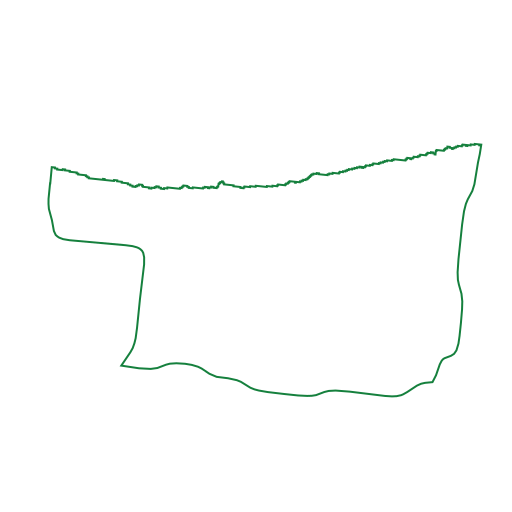 the district of Guayacanes, San Pedro de Macorís, Dominican Republic, rotated 186°
{"feature_id": "3306468B17793693444976", "entity_name": "Guayacanes", "entity_type": "district", "adm_level": 2, "iso_a3": "DOM", "parent_name": "Dominican Republic", "parent_adm1": "San Pedro de Macorís", "projection": "robinson", "projection_center": [-69.45, 18.445], "detail": "fine", "context": "isolated", "style": "outline", "palette": "green", "viewbox_px": 512, "rotation_deg": 186, "n_neighbors": 0, "source": "geoboundaries", "source_scale": "gbopen_adm2", "svg_char_len": 4839}
<svg xmlns="http://www.w3.org/2000/svg" viewBox="0 0 512 512"><g transform="rotate(186 256 256)"><path d="M67.3,149.0L64.5,156.2L61.9,167.4L60.4,171.2L59.3,172.8L57.9,174.0L51.7,177.1L48.8,179.4L46.8,183.1L45.5,190.0L45.2,197.7L45.2,211.0L45.5,224.5L46.1,232.4L47.7,239.9L51.2,248.7L52.7,253.3L53.8,260.9L54.3,274.1L54.3,309.0L53.8,322.2L52.7,329.8L51.3,334.5L47.7,343.2L46.3,350.1L45.0,372.2L44.1,380.7L43.6,390.3L44.7,390.3L44.7,389.4L45.5,389.4L45.5,390.3L46.7,390.3L50.2,390.3L50.2,389.8L50.2,389.4L53.6,389.4L54.1,389.4L54.1,388.4L57.3,388.4L57.3,387.5L58.9,387.5L58.9,388.4L60.6,388.4L62.1,388.4L62.1,387.5L62.8,387.5L62.8,386.6L66.8,386.6L66.8,385.7L68.4,385.7L68.4,384.8L70.0,384.8L70.0,383.9L71.5,383.9L71.5,383.0L72.3,383.0L72.3,383.9L74.7,383.9L74.7,384.8L77.1,384.8L77.1,383.0L78.7,383.0L78.7,382.1L79.5,382.1L79.5,381.2L80.2,381.2L80.2,380.3L87.4,380.3L87.4,379.4L88.1,379.4L88.1,375.7L88.9,375.7L88.9,376.6L90.5,376.6L90.5,377.5L92.9,377.5L92.9,376.6L96.0,376.6L96.0,375.7L96.8,375.7L96.8,374.8L97.6,374.8L97.6,373.9L103.2,373.9L103.2,373.0L103.9,373.0L103.9,372.1L105.5,372.1L105.5,371.2L109.5,371.2L109.5,370.3L110.3,370.1L110.3,369.4L111.8,369.4L111.8,368.5L112.6,368.5L112.6,369.4L115.8,369.4L115.8,368.5L116.6,368.5L116.6,367.5L117.4,367.5L117.4,366.6L124.4,366.6L129.2,366.6L129.2,365.7L130.8,365.7L130.8,364.8L135.6,364.8L135.6,363.9L137.9,363.9L137.9,363.0L139.5,363.0L139.5,362.1L141.9,362.1L141.9,361.7L141.9,361.2L143.5,361.2L143.5,360.3L149.0,360.3L149.0,359.4L149.8,359.4L149.8,358.5L152.2,358.5L152.2,357.6L156.1,357.6L156.1,356.6L156.9,356.6L156.9,355.7L158.5,355.7L158.5,354.8L160.1,354.8L160.1,355.7L162.4,355.7L162.4,354.8L164.8,354.8L164.8,353.9L167.2,353.9L167.2,353.0L169.5,353.0L169.5,352.1L172.7,352.1L172.7,351.2L174.3,351.2L174.3,350.3L175.9,350.3L175.9,349.4L178.3,349.4L178.3,348.5L181.4,348.5L181.4,347.6L182.2,347.6L182.2,346.7L188.5,346.7L188.5,345.7L191.7,345.7L191.7,344.8L193.3,344.8L193.3,343.9L202.0,343.9L202.0,344.8L204.3,344.8L204.3,343.9L207.5,343.9L207.5,343.0L209.1,343.0L209.1,342.1L209.9,342.1L209.9,341.2L210.6,341.2L210.6,340.3L211.4,340.3L211.4,339.4L212.2,339.4L212.2,338.5L213.0,338.5L213.0,337.6L214.6,337.6L214.6,336.7L217.0,336.7L217.0,335.7L218.5,335.7L218.5,334.8L220.1,334.8L220.1,333.9L224.1,333.9L224.1,333.0L224.9,333.0L224.9,333.9L230.4,333.9L230.4,333.0L231.2,333.0L231.2,332.1L232.0,332.1L232.0,331.2L233.6,331.2L233.6,330.3L234.4,330.3L234.4,329.4L241.5,329.4L241.5,328.5L242.3,328.5L242.3,327.6L247.0,327.6L247.0,326.7L252.5,326.7L252.5,325.8L263.6,325.8L263.6,324.8L269.1,324.8L269.1,323.9L274.7,323.9L274.7,323.0L275.5,323.0L275.5,322.1L278.6,322.1L278.6,323.0L285.7,323.0L285.7,323.9L295.2,323.9L295.2,324.8L296.0,324.8L296.0,325.8L296.8,325.8L296.8,326.7L297.6,326.7L297.6,325.8L299.2,325.8L299.2,324.8L300.0,324.8L300.0,323.9L300.8,323.9L300.8,321.2L301.5,321.2L301.5,320.3L302.3,320.3L302.3,319.4L305.5,319.4L305.5,320.3L307.9,320.3L307.9,319.4L309.5,319.4L309.5,318.5L311.0,318.5L311.0,319.4L314.2,319.4L314.2,318.5L315.8,318.5L315.8,317.6L326.0,317.6L326.0,316.7L330.0,316.7L330.0,317.6L331.6,317.6L331.6,318.5L335.5,318.5L335.5,317.6L336.3,317.6L336.3,316.7L337.1,316.7L337.1,315.8L338.7,315.8L338.7,314.9L351.3,314.9L351.3,313.9L354.5,313.9L354.5,313.0L357.7,313.0L357.7,313.9L360.0,313.9L360.0,314.9L362.4,314.9L362.4,313.9L364.0,313.9L364.0,313.0L367.1,313.0L367.1,312.1L369.5,312.1L369.5,313.0L375.8,313.0L375.8,313.9L376.6,313.9L376.6,314.9L379.8,314.9L379.8,313.9L381.4,313.9L381.4,313.0L383.0,313.0L383.0,312.1L386.1,312.1L386.1,313.0L388.5,313.0L388.5,313.9L390.9,313.9L390.9,314.9L397.2,314.9L397.2,315.8L401.9,315.8L401.9,316.7L405.1,316.7L405.1,315.8L414.6,315.8L414.6,316.3L414.6,316.7L416.2,316.7L416.2,316.2L416.2,315.8L420.5,315.8L430.4,315.8L430.4,316.1L430.4,316.7L432.0,316.7L432.0,317.6L433.5,317.6L433.5,318.5L441.4,318.5L441.4,319.4L443.0,319.4L443.0,320.3L450.1,320.3L450.1,321.2L454.9,321.2L454.9,322.1L457.3,322.1L457.3,321.2L462.8,321.2L462.8,322.1L465.2,322.1L465.2,323.0L468.4,323.0L468.2,306.8L468.4,306.8L468.3,291.1L467.8,286.1L466.9,281.2L462.7,270.3L459.6,259.7L457.4,256.0L455.6,254.7L453.7,253.7L449.6,252.6L442.9,252.2L386.7,253.1L379.8,252.9L375.5,252.2L373.5,251.6L371.6,250.6L369.8,249.2L368.5,247.3L367.1,243.0L366.4,235.9L366.9,201.5L366.8,172.1L367.1,161.6L367.8,156.5L369.0,151.5L370.9,147.1L378.5,132.9L360.6,132.1L348.9,132.7L342.4,134.3L334.1,138.5L330.4,139.9L324.0,141.0L315.2,141.4L308.5,141.0L302.1,139.8L298.3,138.4L290.0,134.0L282.5,131.7L271.0,131.5L262.1,130.5L257.9,129.3L247.8,124.4L243.6,123.2L239.1,122.5L230.0,121.9L213.6,121.7L199.6,121.7L190.5,122.2L186.0,122.8L181.8,123.9L173.8,127.9L169.6,129.4L162.8,130.5L148.7,130.9L113.1,130.3L106.1,130.6L101.5,131.3L97.2,132.7L95.2,133.8L91.4,136.5L82.4,143.9L78.5,146.2L74.7,147.5L67.3,149.0Z" fill="none" stroke="#15803d" stroke-width="2"/></g></svg>